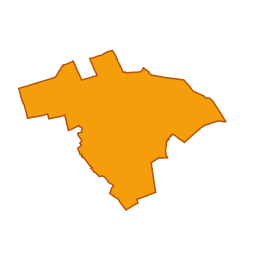 the district of Fartanesti, Galati, Romania, rotated 256°
{"feature_id": "2599482B98747268869186", "entity_name": "Fartanesti", "entity_type": "district", "adm_level": 2, "iso_a3": "ROU", "parent_name": "Romania", "parent_adm1": "Galati", "projection": "orthographic", "projection_center": [27.982, 45.802], "detail": "fine", "context": "isolated", "style": "filled", "palette": "amber", "viewbox_px": 256, "rotation_deg": 256, "n_neighbors": 0, "source": "geoboundaries", "source_scale": "gbopen_adm2", "svg_char_len": 5631}
<svg xmlns="http://www.w3.org/2000/svg" viewBox="0 0 256 256"><g transform="rotate(256 128 128)"><path d="M204.7,80.0L203.7,79.7L203.3,78.2L201.8,77.1L200.7,76.2L200.5,75.2L198.7,73.8L197.3,72.3L195.2,70.3L194.7,68.0L194.6,67.7L193.5,45.1L193.3,41.5L193.2,41.2L192.9,40.8L192.9,40.4L193.0,39.0L193.2,38.1L193.0,34.3L192.8,31.7L191.4,31.6L187.9,31.7L185.4,31.7L183.5,31.7L182.4,31.8L178.6,32.1L175.0,32.9L173.4,32.8L172.7,32.9L172.0,33.0L170.2,32.9L169.9,32.9L169.6,33.0L169.0,33.0L161.7,32.9L161.7,33.5L161.5,37.2L161.5,38.7L161.4,39.7L161.2,41.4L161.0,42.5L161.1,43.6L161.0,44.5L161.0,46.3L160.9,47.6L160.8,48.4L160.8,50.4L161.0,51.1L161.1,52.6L160.9,53.3L156.0,53.5L156.0,53.8L155.6,63.4L155.6,66.6L155.7,69.8L146.1,69.7L140.0,69.5L140.3,71.9L140.5,73.2L142.2,81.0L141.2,81.0L140.5,82.0L140.0,82.7L139.8,83.0L139.4,83.2L138.9,83.3L138.2,83.3L137.8,82.9L137.2,82.5L136.6,82.3L136.4,82.1L136.1,82.1L135.8,82.2L135.1,82.2L135.1,77.9L133.1,77.9L132.4,78.0L129.2,79.3L126.8,80.2L126.6,80.2L126.4,79.8L125.1,77.6L122.5,78.8L121.1,75.7L120.4,74.2L117.3,74.8L117.2,74.7L116.2,74.9L115.2,75.1L114.9,74.9L113.7,75.2L113.8,75.9L112.8,76.1L112.9,76.8L111.8,77.0L111.7,76.3L110.5,76.5L110.6,77.4L109.6,77.8L109.6,78.3L108.7,78.5L108.3,78.7L103.8,80.6L100.4,81.9L100.2,82.0L98.4,83.5L97.8,82.2L97.7,82.3L96.8,83.1L96.3,83.3L95.7,83.6L94.5,83.9L94.1,84.1L93.5,84.2L93.3,84.4L93.2,84.8L93.1,85.2L93.0,85.4L91.3,86.5L91.2,86.5L90.3,87.0L89.2,87.6L88.4,88.0L87.7,88.3L87.8,91.1L87.0,92.5L86.7,92.9L86.2,93.1L84.8,94.2L83.2,95.0L82.3,95.3L81.7,95.4L81.5,95.5L80.7,95.5L80.1,96.0L79.7,96.3L78.7,97.1L78.1,98.0L77.1,99.1L76.0,100.0L75.3,99.7L75.0,99.5L74.9,99.1L74.3,98.5L73.5,97.5L72.9,97.0L72.4,96.9L72.2,96.8L71.8,96.3L71.5,96.2L70.8,95.8L70.1,95.4L69.1,94.4L68.2,95.1L64.5,98.3L61.3,101.4L59.5,101.8L58.4,102.1L48.9,106.2L50.7,112.0L51.7,114.8L52.7,119.5L56.5,119.3L58.9,139.4L59.6,139.4L60.1,139.3L88.7,142.1L90.9,149.0L91.9,149.9L92.0,150.6L91.8,151.0L90.9,151.4L90.8,153.3L90.6,154.7L90.2,157.4L89.8,157.9L89.3,159.0L94.3,158.4L94.4,158.6L96.6,159.0L97.3,159.0L97.9,159.3L98.6,159.4L102.3,161.2L105.7,162.1L105.5,162.6L106.5,163.5L106.8,164.6L107.2,164.0L107.3,164.2L108.6,165.3L108.4,165.7L108.8,165.9L108.9,166.4L109.6,167.1L108.8,167.2L110.5,167.7L110.6,168.2L110.3,168.6L111.0,169.3L111.3,169.7L108.9,172.2L108.3,172.7L107.0,173.6L104.9,175.0L104.4,175.6L103.3,176.7L102.6,177.4L102.0,178.0L101.2,178.6L100.3,179.1L103.9,186.0L104.3,186.7L107.0,191.7L108.1,194.4L108.5,195.1L110.2,198.2L110.7,199.3L111.7,202.4L112.3,206.0L112.4,208.4L112.6,209.0L112.8,213.6L112.9,216.7L112.8,218.2L112.7,218.8L112.3,219.9L112.0,220.3L111.3,221.3L111.1,221.7L110.7,223.5L110.6,224.4L117.6,222.1L122.7,220.5L128.7,218.5L130.3,218.0L131.3,217.7L133.5,216.8L135.0,216.0L135.6,215.7L137.3,214.0L137.6,213.5L137.6,213.4L138.1,211.6L138.5,210.6L138.5,210.4L138.7,210.2L138.8,210.2L140.3,209.7L140.6,209.3L141.2,208.6L141.5,208.4L141.9,207.9L142.1,207.7L142.8,206.8L143.4,206.0L144.0,205.4L144.5,204.5L146.0,202.7L146.8,201.5L147.0,201.2L147.4,200.8L148.0,200.2L149.0,199.6L149.4,199.5L153.1,197.9L153.9,197.6L154.6,197.2L155.1,196.9L155.9,196.6L156.7,196.1L157.2,195.8L158.5,195.1L160.1,194.4L160.9,194.0L160.9,193.9L161.1,193.7L161.7,192.4L163.4,188.1L165.0,184.1L165.8,181.9L167.1,178.5L167.6,177.1L167.8,176.7L168.1,175.9L168.9,174.2L169.2,173.6L169.7,172.5L170.0,171.8L170.1,171.7L170.5,170.8L170.7,170.3L171.0,169.5L171.3,168.9L171.6,168.3L171.7,168.1L172.0,167.4L172.3,166.7L172.5,166.3L172.6,166.0L172.6,165.8L172.7,165.6L172.8,165.4L172.9,165.2L173.0,164.9L173.2,164.7L173.5,164.2L174.7,162.7L175.1,162.3L175.3,162.0L175.6,161.8L175.8,161.8L176.0,161.7L176.3,161.7L176.4,161.8L176.6,161.8L176.9,161.9L177.2,162.0L178.9,160.6L179.4,160.2L180.5,159.3L181.5,158.4L182.2,157.9L182.6,157.7L182.6,157.3L182.4,157.0L181.5,156.3L180.8,155.9L180.7,155.8L180.4,155.4L180.0,154.7L179.7,154.5L179.7,154.4L179.6,154.2L179.6,153.3L179.6,152.9L179.8,151.8L179.8,151.4L179.9,151.1L179.9,150.9L179.9,150.5L180.0,150.1L180.0,149.9L180.1,149.1L180.2,148.9L180.4,148.1L180.5,147.9L180.7,147.6L180.7,147.3L180.7,146.9L180.7,146.7L180.8,146.2L180.9,145.8L181.2,144.3L181.3,143.7L181.4,142.9L181.6,142.4L181.6,142.1L181.7,141.1L181.8,140.7L181.9,140.2L181.9,139.9L182.0,139.9L182.1,139.7L182.4,139.4L183.0,138.9L183.0,138.4L183.1,138.2L183.2,137.7L183.2,137.2L183.1,136.9L184.4,136.6L185.1,136.4L185.5,136.3L186.3,136.2L187.3,136.0L189.4,135.6L190.3,135.4L191.3,135.2L192.2,135.0L192.9,134.8L193.6,134.7L194.4,134.5L194.9,134.4L195.9,134.2L197.8,134.1L198.9,133.9L199.8,133.7L200.9,133.5L202.2,133.3L202.9,133.0L203.4,132.8L203.8,132.7L204.5,132.4L205.2,132.2L205.8,132.1L207.0,131.7L207.0,131.1L207.1,130.8L207.1,130.6L207.1,130.3L207.1,129.8L207.1,129.3L207.1,128.7L207.1,128.3L207.1,128.0L207.0,127.7L207.0,127.2L206.9,126.5L206.8,126.0L206.7,125.7L206.5,125.1L206.4,124.9L206.4,124.3L206.3,124.2L206.2,123.9L205.9,122.5L205.7,121.8L205.1,120.1L205.0,119.3L205.0,118.6L205.1,118.1L205.1,117.2L205.1,116.2L205.0,115.3L204.8,114.2L204.8,113.7L204.5,111.6L204.4,111.2L204.4,110.7L204.6,109.5L204.6,109.2L204.8,107.9L204.8,107.7L204.5,107.7L203.8,107.8L199.4,108.4L192.9,109.5L189.0,110.3L186.4,110.8L186.2,105.9L186.2,105.6L186.1,103.7L186.1,103.4L186.0,103.1L185.8,94.8L185.8,94.7L191.6,93.7L192.3,93.5L197.7,92.5L201.5,91.9L202.0,91.9L202.4,91.8L203.0,91.6L203.5,91.5L204.3,91.4L205.7,91.0L206.3,90.9L206.0,90.6L205.8,90.3L205.6,90.1L205.5,89.6L205.5,88.6L205.6,88.2L205.7,87.8L205.7,87.7L205.4,87.1L205.3,86.7L205.2,86.1L205.0,84.8L204.9,84.0L204.7,83.4L204.7,82.9L204.7,82.5L205.0,81.0L205.0,80.7L204.7,80.0Z" fill="#f59e0b" stroke="#b45309" stroke-width="1.5"/></g></svg>